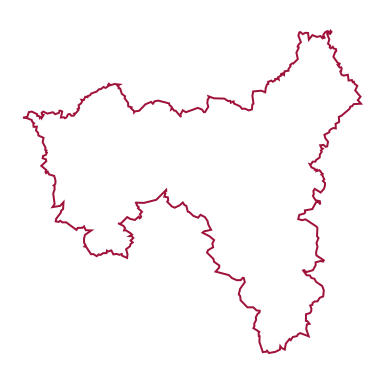 Mascota, Jalisco, Mexico (Mercator projection)
{"feature_id": "50627088B69459727871118", "entity_name": "Mascota", "entity_type": "district", "adm_level": 2, "iso_a3": "MEX", "parent_name": "Mexico", "parent_adm1": "Jalisco", "projection": "mercator", "projection_center": [-104.884, 20.553], "detail": "fine", "context": "isolated", "style": "outline", "palette": "rose", "viewbox_px": 384, "rotation_deg": 0, "n_neighbors": 0, "source": "geoboundaries", "source_scale": "gbopen_adm2", "svg_char_len": 5896}
<svg xmlns="http://www.w3.org/2000/svg" viewBox="0 0 384 384"><path d="M316.5,243.0L318.5,238.0L317.0,236.3L317.4,227.9L316.4,226.5L305.5,219.3L302.1,220.2L298.2,219.1L299.3,214.9L304.3,213.5L305.2,212.4L304.9,210.4L312.3,209.1L316.0,202.3L318.5,201.9L320.3,204.4L319.8,201.2L315.6,200.2L313.9,197.7L312.9,195.7L313.8,194.3L313.4,191.0L314.7,188.9L320.7,192.5L323.9,188.9L324.9,185.8L325.0,183.0L322.9,180.9L324.3,179.4L322.4,175.5L322.7,174.3L321.7,174.3L322.2,173.6L319.5,170.2L316.4,171.1L316.7,169.7L314.7,169.8L314.5,168.7L311.5,167.4L309.7,164.1L310.9,164.4L312.7,161.7L315.4,161.6L316.0,160.1L319.7,157.5L319.9,154.5L321.7,151.8L320.9,150.5L322.8,148.7L321.4,148.0L320.2,145.3L323.5,144.9L325.7,146.8L327.2,146.4L328.0,141.7L325.4,138.4L324.4,134.8L329.3,132.2L329.4,130.7L330.9,129.2L333.4,128.0L335.8,128.4L335.6,123.7L338.9,122.2L339.2,121.2L338.8,116.9L341.5,115.7L349.6,108.8L350.3,106.6L351.9,106.4L353.8,104.1L361.0,103.7L357.8,100.1L360.5,96.7L355.2,90.4L357.3,85.8L354.4,83.6L353.9,81.8L352.7,82.1L352.0,80.1L348.6,80.5L347.8,74.8L343.7,75.6L341.5,74.7L340.3,71.4L341.1,71.1L341.7,68.4L341.2,67.3L339.6,67.5L337.8,65.0L339.2,64.8L339.6,63.6L337.6,62.8L333.4,56.8L335.3,51.6L336.2,51.3L336.1,49.2L333.5,48.4L332.8,46.8L330.7,48.3L329.7,47.4L330.1,45.5L328.0,43.7L329.3,39.5L327.1,33.8L327.6,33.0L330.1,33.9L331.5,31.9L330.7,31.0L330.4,32.0L327.3,31.1L325.0,32.4L323.3,34.9L324.6,37.7L323.8,37.9L323.8,36.6L322.8,36.7L322.3,38.0L320.6,36.1L316.8,36.9L312.4,35.1L308.9,39.6L308.0,33.0L305.4,32.8L302.7,34.1L300.3,32.1L299.3,32.5L298.4,35.5L300.9,42.2L298.3,45.0L297.6,46.7L298.7,47.3L298.5,48.4L296.4,52.6L297.8,59.1L293.2,63.6L292.2,63.3L290.1,65.1L290.6,66.2L288.5,69.0L288.5,70.7L284.6,71.3L284.1,74.2L283.5,73.1L281.8,73.7L282.3,74.7L281.0,74.6L281.1,75.6L278.4,77.0L278.7,79.3L277.5,78.3L277.1,79.1L275.1,79.1L275.1,80.4L272.8,81.7L271.4,80.6L268.0,81.9L268.3,84.0L267.1,84.3L265.8,87.7L265.2,92.3L261.3,90.7L253.2,91.4L252.4,95.8L253.5,103.7L252.4,104.4L251.9,109.4L248.8,110.4L244.7,108.6L242.1,108.9L239.9,106.2L234.0,103.6L233.6,101.4L230.8,102.7L230.3,100.9L228.0,101.0L224.3,98.6L214.0,98.3L208.5,96.3L209.1,97.9L207.8,99.2L207.3,103.2L208.3,106.8L205.0,112.1L203.8,112.1L201.8,109.4L197.8,107.9L185.9,112.2L182.8,110.3L180.3,114.8L181.0,117.0L175.7,110.8L174.1,110.6L172.4,108.4L171.3,109.3L171.8,107.1L169.5,105.1L169.1,103.4L158.2,100.6L154.6,101.3L152.9,103.7L151.1,101.9L145.4,104.3L139.3,110.7L134.9,111.4L134.1,112.4L133.9,110.9L131.0,108.3L131.6,107.3L128.3,106.4L128.0,102.7L124.6,98.3L125.1,96.3L121.8,93.8L120.2,88.6L118.7,88.3L118.9,87.4L117.5,85.7L119.6,84.6L114.7,84.0L110.5,85.2L108.9,83.8L108.1,84.9L108.9,85.7L105.6,87.9L103.5,87.0L100.7,89.2L98.8,89.3L96.8,91.5L91.1,93.6L90.1,95.3L87.6,96.1L87.5,97.2L85.3,96.8L83.8,100.0L81.5,99.8L82.3,101.0L81.0,103.5L78.6,105.2L79.1,108.1L77.7,109.0L78.5,109.9L76.0,113.0L74.1,113.6L74.7,114.5L73.9,115.6L71.5,115.8L69.8,114.0L68.0,114.4L66.4,117.5L64.9,118.2L63.9,117.3L60.9,117.5L62.2,111.5L60.9,110.8L59.5,110.7L59.0,112.8L55.2,114.2L52.9,112.2L47.4,113.6L43.3,111.6L41.7,112.7L41.9,114.1L43.6,114.9L41.7,117.9L41.5,116.8L39.9,118.1L39.5,116.3L37.1,115.8L37.2,114.2L31.8,111.6L28.9,112.1L27.3,116.8L23.0,117.7L26.8,118.1L31.7,120.0L32.3,121.8L34.0,123.2L33.3,123.8L33.6,126.8L36.8,126.7L36.0,130.5L38.1,132.8L38.4,135.5L43.5,137.8L42.7,142.3L45.5,147.7L45.2,149.8L46.5,150.5L45.9,152.0L46.9,152.7L45.8,154.9L43.0,156.0L42.7,158.3L45.9,159.3L46.3,161.2L41.3,165.8L46.2,170.0L45.5,172.0L46.1,173.1L47.7,171.7L49.0,174.4L54.2,175.9L55.5,180.7L55.3,183.9L53.8,185.4L54.5,185.6L54.6,189.4L53.2,193.6L54.6,204.0L52.5,207.1L60.1,205.9L63.5,202.2L63.1,209.0L61.0,210.9L60.9,212.5L56.1,218.9L55.7,221.4L58.6,221.9L60.3,220.8L62.4,222.4L66.1,222.3L76.5,229.9L77.7,227.9L82.5,227.8L84.0,226.4L85.8,230.2L91.4,230.4L85.0,234.9L84.0,238.8L84.1,242.7L85.6,245.3L84.5,246.5L86.2,246.9L91.0,254.2L93.4,254.1L96.8,256.2L98.7,254.4L100.4,255.0L103.2,253.1L106.5,253.1L106.9,250.7L108.2,251.5L111.3,250.4L113.4,254.4L116.6,253.9L119.4,254.8L121.7,254.0L122.0,255.6L127.1,257.9L127.5,254.1L126.1,249.2L129.9,246.4L130.5,244.1L132.7,242.4L130.6,240.6L133.3,238.0L131.7,236.2L129.6,236.1L132.0,234.6L130.6,233.3L125.9,230.3L124.1,230.4L125.0,228.0L123.5,225.9L118.0,223.2L119.6,223.8L121.4,223.0L127.2,217.1L130.2,218.9L134.9,220.0L138.6,216.8L139.7,218.3L140.5,217.8L141.1,216.6L139.9,214.2L142.0,211.8L138.0,208.2L138.7,207.1L136.7,205.2L136.8,203.4L135.2,202.6L144.0,202.9L156.3,199.8L166.2,189.9L166.3,191.0L164.3,192.5L165.4,193.6L164.3,196.7L167.8,197.3L168.2,200.2L167.2,201.7L171.8,206.4L174.7,207.7L179.7,205.3L182.8,202.5L184.6,205.2L186.3,205.8L187.8,211.7L189.2,212.0L193.4,215.9L198.1,217.7L200.5,214.8L204.9,217.1L207.5,220.9L208.4,224.8L211.1,229.8L204.0,231.4L202.5,232.7L209.4,236.2L214.1,240.1L212.4,243.5L213.1,247.3L208.1,250.1L207.0,252.6L213.5,259.0L214.0,261.7L219.3,265.5L219.1,267.7L215.6,271.6L228.9,275.1L232.0,278.1L236.8,280.2L240.8,280.1L242.8,277.8L243.8,278.0L244.8,282.2L240.1,288.8L238.8,294.4L240.2,296.1L240.6,300.3L247.4,307.3L253.3,307.3L256.5,310.4L259.7,310.8L259.5,312.4L257.6,313.9L255.8,317.3L256.1,319.9L254.2,323.8L254.4,326.3L253.4,328.1L259.3,331.9L258.6,333.1L258.8,336.1L259.6,336.2L259.4,342.0L262.8,352.1L266.2,351.7L267.0,350.7L268.9,353.0L275.2,351.9L279.9,349.6L280.3,346.2L281.5,347.9L284.8,349.6L285.8,343.7L289.5,339.0L290.7,340.2L292.8,337.0L297.0,336.1L297.9,334.4L300.3,333.1L308.7,336.3L306.2,328.9L306.9,324.4L309.5,323.8L307.3,321.1L305.9,320.9L306.0,314.3L310.2,312.9L311.2,311.2L311.4,308.6L310.2,305.5L312.4,304.9L312.6,302.9L314.6,301.5L317.5,301.3L319.7,297.8L323.2,296.4L323.8,290.3L322.2,286.0L316.1,281.9L314.4,278.7L311.4,278.0L309.9,275.5L306.6,275.2L303.1,270.5L304.1,270.1L306.3,272.1L312.9,270.2L315.6,265.3L315.6,262.3L320.6,261.0L323.0,261.6L323.8,260.3L316.5,255.5L316.0,252.7L317.5,246.7L316.5,243.0Z" fill="none" stroke="#9f1239" stroke-width="2"/></svg>